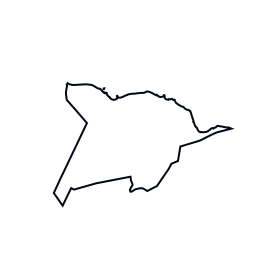 outline of East-Central, Guadalcanal, Solomon Islands, rotated 336°
{"feature_id": "97153195B72128513413491", "entity_name": "East-Central", "entity_type": "district", "adm_level": 2, "iso_a3": "SLB", "parent_name": "Solomon Islands", "parent_adm1": "Guadalcanal", "projection": "albers", "projection_center": [160.571, -9.616], "detail": "fine", "context": "isolated", "style": "outline", "palette": "ink", "viewbox_px": 256, "rotation_deg": 336, "n_neighbors": 0, "source": "geoboundaries", "source_scale": "gbopen_adm2", "svg_char_len": 5306}
<svg xmlns="http://www.w3.org/2000/svg" viewBox="0 0 256 256"><g transform="rotate(336 128 128)"><path d="M222.2,170.6L221.6,170.0L221.1,169.5L220.8,169.0L220.7,168.9L220.3,168.6L219.9,168.4L219.8,168.2L219.6,168.1L219.0,168.0L218.6,167.8L218.2,167.6L216.9,166.7L216.4,166.3L216.1,166.2L215.9,165.9L214.4,164.9L213.5,164.3L213.0,164.0L212.7,163.9L211.9,163.3L211.4,162.9L211.2,162.7L210.8,162.6L210.0,162.5L209.8,162.5L209.6,162.5L209.4,162.6L209.0,162.9L208.8,163.0L208.5,163.1L208.0,163.1L207.7,163.1L207.4,163.1L207.1,163.0L206.8,162.9L206.5,162.9L206.2,162.9L205.9,163.0L205.8,162.9L205.7,163.0L205.6,162.8L205.4,162.6L204.5,162.3L204.2,162.3L203.9,162.3L202.8,162.6L202.2,162.8L201.7,163.0L200.7,163.2L200.0,163.3L199.6,163.4L199.1,163.4L197.8,163.4L197.4,163.3L196.2,162.9L195.9,162.8L195.6,162.7L195.1,162.6L194.7,162.4L194.0,162.0L193.4,161.5L193.2,161.4L193.1,161.5L192.8,161.4L192.8,161.2L192.7,161.1L192.4,161.0L191.9,160.7L191.5,160.3L191.4,160.0L191.3,159.6L191.1,158.9L191.0,158.0L191.0,157.3L190.9,156.8L191.0,156.1L191.0,155.7L190.9,155.5L190.7,155.1L190.5,154.7L190.3,154.3L190.3,154.1L190.2,154.0L190.3,153.3L190.2,152.6L190.3,151.1L190.4,150.4L190.5,150.0L190.4,149.6L190.1,149.2L190.1,148.9L190.2,148.7L190.3,148.6L190.6,148.3L190.7,148.1L190.8,147.7L190.9,146.4L190.9,145.3L191.0,145.1L191.1,144.8L191.1,144.1L191.2,143.7L191.2,143.1L191.3,142.5L191.3,141.6L191.5,140.9L191.6,140.6L191.6,140.2L191.7,139.1L191.7,138.3L191.5,138.1L191.6,137.8L191.6,137.5L191.5,137.3L191.3,137.1L191.1,136.8L190.9,136.6L190.9,136.4L190.5,136.1L189.8,135.6L189.3,135.3L188.8,134.7L188.5,134.3L188.1,133.7L187.8,133.1L187.6,132.6L187.3,131.6L187.1,131.4L186.9,131.1L186.7,130.8L186.4,130.5L185.9,130.2L185.4,129.8L185.1,129.4L184.5,128.4L183.9,127.7L183.6,127.2L183.3,126.8L183.2,126.6L182.8,125.8L182.2,124.7L182.0,124.3L182.0,123.9L181.9,123.6L182.0,121.9L182.1,121.5L182.1,121.3L181.9,121.1L181.7,121.1L181.5,121.3L181.3,121.2L181.2,121.1L181.0,120.9L180.7,120.5L180.6,120.3L180.4,120.2L180.2,119.8L180.2,119.6L180.2,119.4L179.9,119.2L179.5,119.1L179.1,119.1L178.8,119.1L178.7,119.1L178.2,118.9L177.7,118.6L177.3,118.3L177.1,118.2L176.9,118.2L176.5,118.4L176.4,118.4L176.5,118.6L176.4,118.7L176.0,118.4L175.8,118.3L175.7,118.2L175.2,117.8L175.2,117.7L174.6,117.2L174.4,117.1L174.2,116.9L174.1,116.7L174.0,116.1L173.9,115.8L173.9,115.6L174.0,114.7L174.3,113.7L174.4,113.4L174.5,113.3L174.6,113.1L174.6,112.9L174.4,112.6L174.1,112.6L173.8,112.9L173.7,113.1L173.6,113.3L173.4,113.5L173.1,113.5L172.9,113.5L172.6,113.5L171.9,113.3L171.4,113.2L170.9,113.2L170.6,113.1L169.9,112.7L169.7,112.5L169.6,112.4L169.4,112.2L168.9,111.5L168.4,110.7L168.0,109.7L167.9,109.7L167.7,110.0L167.5,109.9L167.5,109.7L167.4,109.3L167.2,109.3L166.9,109.1L166.5,108.8L166.1,108.5L165.5,107.6L165.2,107.2L165.1,106.9L164.8,106.6L164.4,106.2L164.2,105.9L163.7,105.4L163.2,104.8L162.7,104.1L162.5,103.9L162.4,103.8L162.1,103.6L161.7,103.4L160.9,102.7L160.6,102.4L160.2,102.3L159.9,102.3L159.3,102.4L158.6,102.4L158.1,102.4L156.8,102.3L155.6,101.9L154.7,101.4L153.5,101.0L152.5,100.7L151.7,100.4L150.9,100.2L149.4,99.7L148.8,99.6L148.3,99.4L147.5,99.1L145.9,98.5L145.0,98.2L142.4,97.5L141.5,97.4L140.8,97.4L140.7,97.5L140.4,97.4L140.0,97.5L139.9,97.5L139.6,97.4L139.2,97.3L138.3,97.3L137.8,97.4L137.1,97.4L136.8,97.4L136.1,97.4L135.4,97.4L134.8,97.3L134.1,97.3L133.7,97.3L133.4,97.2L133.1,97.1L130.9,96.1L130.6,96.1L130.2,96.2L129.8,96.5L129.5,96.6L129.4,96.6L129.4,96.8L128.8,96.9L128.4,96.9L128.0,96.9L127.3,96.7L126.9,96.6L126.3,96.4L125.4,95.7L124.9,95.2L124.5,94.7L124.1,93.9L124.0,93.6L123.8,93.4L123.7,93.0L123.8,92.9L123.9,92.6L123.8,92.4L123.7,92.2L123.2,91.6L122.9,91.1L122.9,90.8L122.6,89.8L122.5,89.4L122.5,89.0L122.4,88.6L122.4,88.3L122.6,88.1L122.8,87.7L122.8,87.4L122.5,87.0L122.3,86.9L122.2,86.9L122.0,87.1L121.8,87.1L121.8,86.7L121.7,86.7L121.4,86.6L121.3,86.8L121.1,86.9L120.9,86.8L120.8,86.7L120.9,86.0L120.8,85.9L120.6,85.8L120.3,85.7L120.3,85.4L120.4,85.2L120.2,84.9L119.9,84.9L119.7,84.6L119.5,84.1L119.4,83.4L119.4,83.2L119.2,82.5L118.8,81.8L118.6,81.4L118.5,80.9L118.4,80.7L118.2,80.6L117.4,80.1L117.1,80.0L116.8,79.8L116.5,79.5L115.8,78.4L115.5,78.0L115.2,77.7L115.0,77.3L114.8,77.1L114.5,76.5L113.4,75.1L112.9,74.5L112.3,74.0L111.6,73.4L111.0,73.0L109.6,72.3L109.0,71.9L108.5,71.6L107.9,71.3L107.4,71.0L106.9,70.8L106.0,70.5L104.6,69.9L103.1,69.4L101.2,68.6L100.5,68.4L100.3,68.3L99.7,68.1L97.7,67.3L96.0,66.6L95.4,66.4L94.4,65.8L94.0,65.5L93.1,64.8L91.9,63.6L91.1,62.8L91.0,62.6L90.9,62.7L89.7,63.3L89.6,64.5L87.6,67.4L86.4,69.2L86.1,69.7L85.8,70.3L85.2,71.5L83.5,77.4L87.0,88.5L90.1,98.8L92.5,106.8L80.1,117.4L65.6,129.8L45.1,147.3L33.8,157.2L36.7,172.4L51.6,159.8L53.6,162.3L76.5,165.6L110.5,173.5L109.4,177.0L109.3,180.9L108.7,182.3L107.0,183.2L104.5,185.4L104.3,187.1L105.3,187.6L106.4,187.5L110.0,187.0L114.7,188.0L117.0,189.2L118.3,190.9L120.0,193.4L130.9,192.8L144.8,184.2L147.9,182.4L153.2,178.3L160.2,178.5L168.3,166.2L188.3,168.7L194.7,168.5L194.7,168.4L198.4,168.3L200.3,168.2L207.0,168.1L222.2,170.6ZM122.5,82.2L122.4,82.2L122.2,82.0L121.8,82.1L121.7,82.2L121.6,82.4L121.6,82.5L121.8,82.7L122.2,82.6L122.3,82.5L122.4,82.4L122.5,82.2ZM131.4,94.4L131.3,94.2L131.2,94.2L130.8,94.3L130.8,94.5L130.8,94.8L131.0,94.8L131.4,94.6L131.4,94.4Z" fill="none" stroke="#020617" stroke-width="2"/></g></svg>